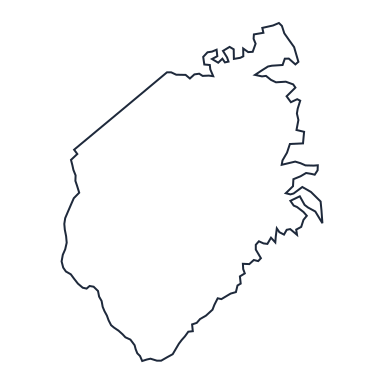 outline of Santo Antônio do Sudoeste, Paraná, Brazil
{"feature_id": "56859067B76158301560942", "entity_name": "Santo Antônio do Sudoeste", "entity_type": "district", "adm_level": 2, "iso_a3": "BRA", "parent_name": "Brazil", "parent_adm1": "Paraná", "projection": "equal_earth", "projection_center": [-53.606, -26.065], "detail": "fine", "context": "isolated", "style": "outline", "palette": "slate", "viewbox_px": 384, "rotation_deg": 0, "n_neighbors": 0, "source": "geoboundaries", "source_scale": "gbopen_adm2", "svg_char_len": 2433}
<svg xmlns="http://www.w3.org/2000/svg" viewBox="0 0 384 384"><path d="M262.3,27.9L263.4,32.8L253.9,34.4L253.6,38.8L255.6,43.7L252.7,51.8L248.2,52.1L243.2,48.5L243.3,56.3L240.3,57.8L233.9,58.9L233.7,49.3L229.6,46.9L223.0,50.9L227.1,57.5L228.5,61.6L224.9,62.4L222.4,58.7L218.2,62.7L212.0,59.0L217.3,56.2L216.6,49.7L212.0,51.6L207.5,52.3L203.2,56.9L204.3,64.5L209.8,65.0L210.3,69.4L213.2,76.2L208.8,75.6L202.6,75.9L199.2,73.7L194.4,74.4L189.9,78.5L185.6,74.9L176.2,74.7L171.1,72.3L167.0,72.3L128.2,104.7L74.1,149.7L77.3,154.0L71.0,159.9L72.4,165.3L73.4,169.9L75.6,175.4L75.4,180.9L77.0,185.6L79.2,192.7L73.8,198.2L71.3,203.9L68.1,211.3L65.2,218.1L64.3,223.9L64.8,229.6L66.1,236.2L66.7,242.7L65.2,249.3L62.8,254.8L61.6,261.4L63.2,267.6L65.9,271.5L70.8,274.3L74.2,278.9L77.9,283.6L82.7,287.7L86.6,288.6L89.6,286.0L93.6,286.7L98.0,291.0L99.1,296.6L101.6,301.0L102.7,306.9L104.5,311.2L106.9,315.6L108.6,320.3L111.1,325.2L114.0,327.6L118.7,330.8L122.6,334.3L125.4,337.3L130.4,339.6L134.6,345.2L135.7,349.3L137.3,353.3L140.0,356.0L142.2,361.0L146.9,359.5L150.5,358.7L157.0,360.7L161.1,360.7L167.4,357.1L172.7,354.2L178.9,343.7L181.7,340.0L184.9,336.4L188.3,331.7L192.8,331.2L192.1,324.4L196.7,322.9L200.1,319.0L205.9,315.7L212.5,309.7L214.4,304.8L217.7,298.3L221.4,299.1L230.6,293.6L235.9,292.1L237.5,285.5L240.7,283.6L239.9,276.4L244.8,273.4L243.2,269.1L242.9,263.8L249.3,264.1L253.8,260.0L258.2,261.1L260.9,258.2L255.8,249.6L255.8,244.8L258.9,241.3L263.5,243.4L267.4,243.9L271.0,237.7L275.3,242.4L275.8,236.3L276.8,228.4L279.4,232.2L284.0,234.6L286.7,229.8L290.2,229.1L297.0,234.8L296.2,229.6L301.2,226.9L303.5,219.8L306.8,215.8L303.5,212.0L297.0,207.0L293.7,205.6L290.4,200.8L299.8,196.3L304.6,204.9L308.0,207.5L315.3,211.5L322.4,223.2L321.5,210.8L320.6,201.5L311.0,192.0L302.3,187.0L293.6,193.5L290.4,194.4L285.8,193.2L293.0,186.2L293.4,179.2L300.5,176.3L306.1,173.0L311.4,173.9L314.7,174.7L317.6,170.3L317.8,165.3L313.8,165.6L305.5,165.4L300.5,163.2L295.2,161.6L281.7,164.8L282.5,160.4L287.0,152.7L289.9,144.0L303.0,143.4L304.1,131.8L296.5,130.0L298.4,120.0L296.9,113.5L297.7,108.7L300.2,100.7L297.2,99.2L290.9,102.2L286.6,96.3L295.4,87.6L293.2,84.4L285.8,81.7L276.0,82.3L271.0,79.9L266.0,75.9L262.0,76.4L255.0,74.9L262.6,69.9L268.0,66.5L271.9,65.7L282.6,65.0L284.8,58.7L288.8,58.6L295.4,64.4L298.4,61.8L294.1,47.1L288.8,39.7L284.3,33.3L281.9,25.9L278.9,23.0L273.0,25.5L262.3,27.9Z" fill="none" stroke="#1e293b" stroke-width="2"/></svg>